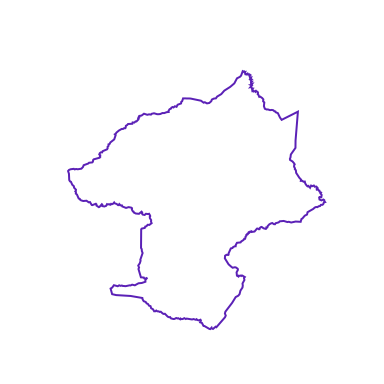 the district of Montepuez, Cabo Delgado, Mozambique, rotated 40°
{"feature_id": "85939544B74766547400417", "entity_name": "Montepuez", "entity_type": "district", "adm_level": 2, "iso_a3": "MOZ", "parent_name": "Mozambique", "parent_adm1": "Cabo Delgado", "projection": "albers", "projection_center": [38.773, -12.625], "detail": "fine", "context": "isolated", "style": "outline", "palette": "violet", "viewbox_px": 384, "rotation_deg": 40, "n_neighbors": 0, "source": "geoboundaries", "source_scale": "gbopen_adm2", "svg_char_len": 6034}
<svg xmlns="http://www.w3.org/2000/svg" viewBox="0 0 384 384"><g transform="rotate(40 192 192)"><path d="M287.1,223.2L284.2,223.7L283.6,224.2L283.6,224.7L282.9,224.8L282.0,226.0L282.0,226.7L281.3,226.5L281.2,227.0L280.2,227.2L277.8,224.9L277.2,222.1L276.3,221.4L274.1,221.6L273.2,222.1L271.8,223.9L270.2,224.0L266.5,223.9L259.8,221.7L258.3,219.5L258.8,217.9L260.2,217.0L260.3,216.5L259.5,215.6L258.0,210.3L259.0,208.9L258.9,207.8L259.7,206.0L260.3,205.5L259.5,204.2L259.1,202.0L261.6,199.4L261.5,198.2L262.3,195.7L262.1,194.2L262.7,193.8L262.3,192.5L261.7,191.8L261.7,190.1L261.2,189.9L261.3,188.4L261.8,188.2L261.3,186.5L262.1,186.3L261.9,185.2L263.1,184.5L262.8,183.9L263.9,183.7L265.3,182.1L265.3,178.3L265.9,177.7L267.1,177.6L267.6,177.1L267.1,175.9L267.3,174.7L267.8,174.0L270.2,173.8L272.3,172.8L272.4,172.0L271.7,171.3L272.4,170.5L271.9,169.5L272.0,167.1L272.6,165.5L273.4,164.2L275.4,164.0L276.3,163.3L276.1,162.2L277.9,159.6L278.1,158.0L280.9,155.2L284.4,153.7L285.3,152.6L287.6,151.6L290.4,148.0L294.4,145.0L293.2,142.3L293.6,141.3L293.6,137.7L294.6,135.3L293.5,133.2L295.8,126.9L296.0,125.1L296.7,123.7L297.8,123.0L298.2,121.5L299.1,120.5L299.0,119.0L300.2,117.9L300.3,116.8L299.7,115.2L300.4,114.2L299.4,114.0L298.5,113.2L297.5,113.3L296.6,115.2L294.5,115.8L292.9,114.4L293.0,113.8L294.4,112.9L293.2,110.9L291.3,110.5L291.2,109.5L289.8,109.8L288.8,109.1L288.3,109.4L287.1,109.0L286.1,110.0L285.4,109.4L285.5,108.2L283.8,107.9L282.6,109.1L281.2,108.7L280.4,110.2L279.1,110.5L279.7,112.8L278.5,112.5L277.7,113.0L277.2,112.6L276.7,113.4L275.5,113.3L273.3,112.7L271.7,111.5L270.8,112.5L269.4,112.5L268.2,113.5L267.6,112.4L265.1,112.1L259.5,110.4L257.6,108.6L256.1,108.4L255.7,107.7L253.9,107.0L252.8,105.4L252.9,104.9L252.2,104.5L249.4,104.0L246.5,104.4L245.7,103.7L245.2,102.2L243.6,99.7L242.9,91.7L238.3,86.1L221.5,62.4L214.3,79.1L211.5,78.4L207.1,76.4L204.9,77.1L204.1,76.7L203.2,77.2L201.8,77.1L200.4,77.8L199.2,79.1L197.0,80.0L196.2,80.8L194.3,81.4L191.9,80.0L189.8,76.9L188.2,76.8L187.1,75.2L185.4,74.9L182.9,75.1L182.4,75.9L180.2,74.8L179.4,74.8L178.9,73.6L177.7,73.1L177.0,73.5L176.1,73.4L176.2,74.3L175.5,74.1L174.5,75.5L173.7,75.0L173.3,75.8L171.8,74.5L171.9,73.7L171.2,74.1L169.9,73.5L169.4,74.1L169.4,71.9L168.2,72.2L168.7,71.5L168.6,70.5L168.2,71.1L167.5,70.9L166.8,70.2L166.9,68.9L165.9,69.1L165.5,68.5L164.7,68.5L165.0,68.0L163.9,68.1L163.9,67.7L164.6,67.3L163.8,67.2L163.6,66.2L162.8,67.0L161.2,66.0L161.5,64.9L160.2,65.0L159.4,65.9L158.4,65.5L158.1,66.2L158.3,66.9L157.2,67.5L155.8,66.5L155.6,65.8L154.9,66.6L154.2,66.2L153.9,66.8L153.2,66.9L154.8,71.3L154.7,72.9L153.4,76.0L154.6,81.6L153.7,86.9L151.6,93.6L151.5,98.2L149.9,102.8L150.1,104.9L148.7,106.4L147.8,108.4L148.4,110.1L148.0,112.7L146.5,114.5L144.1,115.0L143.5,116.1L140.2,116.3L130.7,121.4L125.0,126.0L126.1,128.8L125.8,129.7L126.7,131.2L124.9,134.4L125.4,136.7L123.8,137.3L123.5,139.1L122.5,139.4L122.0,140.7L122.3,141.6L121.6,143.0L121.9,145.0L122.7,145.7L121.3,147.1L120.0,149.4L118.6,150.5L117.6,152.6L116.6,153.7L115.3,154.8L112.3,156.1L110.8,158.1L110.8,159.1L109.2,160.1L108.1,161.6L104.9,162.9L104.2,165.9L102.7,167.6L102.8,168.2L103.4,168.4L103.1,169.4L103.5,170.3L104.0,170.1L104.3,170.8L104.1,173.7L103.4,174.2L103.2,175.9L101.8,176.9L102.4,178.1L99.3,181.0L99.3,182.3L98.8,183.8L99.9,185.5L99.8,186.2L99.0,186.7L98.6,188.1L97.6,188.9L96.5,191.9L95.9,195.3L96.2,196.1L95.8,197.4L97.0,197.6L98.6,201.7L97.6,206.5L98.0,208.2L97.4,209.2L98.4,210.3L98.3,211.7L99.3,212.8L99.5,213.9L97.3,218.2L97.7,219.4L96.7,220.2L96.4,221.5L96.8,222.8L98.1,222.8L98.3,223.7L99.2,224.1L99.2,225.1L95.7,230.2L95.7,231.0L96.6,232.5L96.6,233.4L94.3,235.8L94.2,236.9L91.8,241.1L92.4,242.9L92.3,245.2L89.9,248.0L88.4,248.9L87.6,250.1L86.6,250.2L84.4,252.6L83.6,254.1L83.6,255.6L86.0,257.1L90.2,261.7L91.7,262.3L92.7,262.0L95.6,263.4L97.8,263.5L98.9,264.5L101.6,264.8L102.2,265.7L102.2,266.5L103.2,266.7L104.0,267.9L105.5,267.9L109.3,269.8L110.4,269.4L110.8,269.8L112.4,269.7L114.5,268.8L116.8,266.5L119.5,266.3L120.3,265.3L123.5,266.4L124.1,266.1L125.9,262.8L126.8,262.9L127.5,263.8L130.4,263.5L130.7,262.9L130.8,259.3L131.6,259.4L132.4,260.4L134.2,259.4L135.1,257.8L134.7,255.9L135.5,255.7L136.3,254.6L137.5,254.4L137.6,253.1L138.4,253.0L139.1,251.6L139.1,250.1L139.9,250.4L142.0,249.6L143.8,249.6L144.3,249.2L144.1,248.0L145.9,248.2L147.0,247.3L147.8,247.9L151.7,246.6L153.2,244.3L155.6,243.0L156.5,243.0L157.2,244.1L159.2,244.9L159.9,244.6L160.7,245.1L162.8,244.6L165.4,242.8L166.0,239.5L167.0,239.7L167.4,240.6L168.7,241.0L170.5,240.0L170.7,238.3L172.6,237.1L173.1,236.3L175.1,237.0L175.6,237.5L175.6,238.2L176.6,239.1L178.8,239.8L179.7,241.1L181.1,241.8L180.5,244.6L179.1,245.6L179.1,247.6L178.4,248.5L178.9,249.9L177.0,252.4L177.1,253.3L188.9,267.6L190.2,268.1L191.6,269.5L193.4,270.5L196.0,277.2L196.8,277.7L197.8,280.1L198.1,282.9L200.0,283.9L200.5,285.4L207.7,290.2L210.1,288.5L210.9,288.9L211.8,288.6L212.9,286.4L212.8,289.3L214.0,290.7L212.0,294.0L209.7,296.3L208.2,300.2L205.7,301.5L205.0,303.1L204.2,303.6L201.7,306.8L199.1,308.6L198.4,308.7L197.6,309.8L196.2,310.3L195.7,311.9L192.1,313.6L192.3,316.6L191.7,318.3L196.5,321.6L200.2,319.7L211.8,311.1L222.1,305.1L223.2,306.0L225.2,306.7L227.2,306.0L228.8,306.5L230.3,306.1L232.1,306.7L233.6,306.1L235.4,307.3L237.5,306.9L239.7,307.7L240.6,306.9L240.8,305.8L242.1,305.7L243.1,304.9L244.2,304.7L245.0,303.8L247.7,303.9L248.7,303.6L249.5,302.7L253.6,303.1L255.1,302.6L255.6,301.9L257.2,302.3L259.3,301.3L260.2,300.5L260.9,298.7L262.2,298.2L262.5,297.6L264.8,297.1L264.7,296.3L265.4,296.3L266.5,295.3L267.2,293.6L268.9,293.3L269.3,292.4L274.0,289.6L274.8,288.4L277.1,287.4L277.3,286.5L278.4,286.6L279.7,286.0L280.6,284.4L281.4,284.7L282.0,286.6L283.7,285.9L286.9,287.2L287.6,286.7L293.4,285.7L294.1,285.3L294.2,283.4L294.8,283.8L296.1,283.4L296.7,280.0L297.6,279.9L297.8,266.8L297.3,265.0L295.3,263.9L294.5,262.2L294.0,251.2L293.0,244.4L294.1,241.7L294.1,239.7L292.5,236.4L292.1,232.8L291.1,231.1L289.5,229.6L288.7,225.7L287.1,224.5L287.1,223.2Z" fill="none" stroke="#5b21b6" stroke-width="2"/></g></svg>